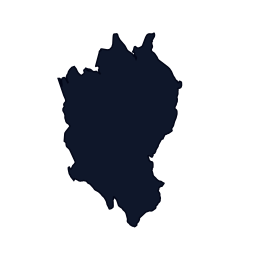 SVG path tracing the border of Kalimantan Tengah, rotated 146°
{"feature_id": "IDN-1931", "entity_name": "Kalimantan Tengah", "entity_type": "Province", "adm_level": 1, "iso_a3": "IDN", "parent_name": "Indonesia", "parent_adm1": "", "projection": "equal_earth", "projection_center": [113.429, -1.416], "detail": "fine", "context": "isolated", "style": "filled", "palette": "ink", "viewbox_px": 256, "rotation_deg": 146, "n_neighbors": 0, "source": "natural_earth", "source_scale": "10m", "svg_char_len": 5814}
<svg xmlns="http://www.w3.org/2000/svg" viewBox="0 0 256 256"><g transform="rotate(146 128 128)"><path d="M158.2,208.1L157.5,207.7L157.0,207.3L156.8,206.7L156.8,205.9L157.1,205.3L157.6,205.0L157.9,204.6L158.6,202.0L159.4,200.8L159.6,200.2L159.8,199.3L158.6,200.7L157.5,203.0L156.3,205.2L154.5,206.0L153.5,205.9L152.7,205.5L152.2,204.7L152.1,203.3L152.6,199.5L152.5,198.4L152.2,199.2L151.9,200.9L151.9,201.8L151.8,202.0L151.4,202.4L150.3,205.0L148.5,206.2L147.5,206.5L145.7,208.0L143.6,208.9L140.6,209.6L138.2,209.0L138.0,206.0L138.3,204.4L138.5,202.7L138.5,201.0L137.8,198.2L137.6,197.8L137.1,197.6L134.5,197.6L133.9,197.8L133.3,198.2L132.9,198.8L132.5,200.3L132.0,200.7L130.3,200.9L130.0,200.8L129.8,200.3L129.6,198.8L129.3,198.1L128.9,197.6L128.5,197.3L129.7,200.7L129.9,201.7L128.4,199.4L127.1,198.3L126.7,197.9L126.4,197.4L125.9,196.2L125.8,195.0L125.5,194.6L125.0,193.9L124.3,193.4L123.4,193.1L122.6,192.6L120.6,187.8L120.7,190.6L120.1,192.3L119.8,192.7L119.3,192.7L119.1,192.9L118.1,194.3L117.8,195.1L118.1,195.9L118.6,196.6L119.0,196.8L120.2,197.1L120.2,197.3L109.9,206.3L108.9,207.4L108.3,207.7L107.3,207.4L107.1,207.5L107.0,208.0L106.8,208.3L106.2,208.5L105.6,208.2L101.6,204.4L100.4,203.7L99.0,203.3L96.1,204.0L93.6,206.0L89.3,211.7L88.1,213.1L87.3,213.6L86.8,213.5L86.3,213.1L84.9,212.5L84.5,212.0L84.5,211.2L85.1,209.5L85.3,208.6L85.5,206.1L85.5,205.2L84.7,198.4L84.8,196.6L85.2,193.3L84.9,191.6L83.1,187.2L82.9,185.7L82.9,183.9L82.4,183.5L82.3,183.1L82.4,182.3L82.8,181.2L82.9,180.5L82.4,180.8L82.0,181.3L81.6,181.9L81.5,182.5L81.7,184.9L81.5,185.3L81.0,185.9L80.5,186.7L80.4,187.0L80.6,187.4L80.9,187.6L81.4,188.2L81.5,188.5L81.4,188.6L81.1,188.6L81.1,188.8L79.8,189.4L77.9,191.2L77.5,191.5L76.9,191.6L76.4,191.4L76.2,190.8L75.8,189.4L75.0,188.6L73.9,188.1L71.4,187.8L70.2,187.9L69.4,188.4L62.5,193.3L60.3,194.4L59.0,194.5L57.9,194.2L55.5,192.4L55.0,192.2L53.9,192.2L53.4,191.9L53.5,191.4L53.8,190.7L54.0,190.3L54.9,189.3L55.9,188.7L56.9,188.3L59.4,186.9L59.7,186.9L59.5,186.3L60.6,185.7L60.8,185.5L61.4,184.3L61.9,182.6L62.2,182.0L62.6,181.5L64.7,180.3L65.3,179.4L65.4,178.9L65.4,178.3L65.4,177.7L65.1,176.9L64.7,175.9L64.5,175.3L64.4,174.2L64.4,170.5L64.8,168.2L64.7,167.3L61.0,156.3L60.5,154.0L60.5,151.4L60.5,150.6L61.4,145.9L61.4,143.1L61.7,141.6L61.6,141.0L61.5,140.6L61.1,140.0L61.1,139.7L61.2,138.7L61.3,138.2L61.2,137.7L60.8,137.4L59.5,137.9L59.2,137.9L58.8,137.5L58.6,137.1L58.3,136.6L58.2,136.1L58.3,135.9L58.5,135.5L59.4,134.0L59.9,133.3L61.0,132.4L61.7,132.1L62.2,132.1L63.4,132.4L63.8,132.8L64.2,132.8L64.6,132.6L65.7,131.1L66.2,130.6L67.2,129.0L67.8,128.2L69.3,127.1L70.3,126.3L70.9,124.7L71.3,124.0L71.6,123.8L72.1,122.9L72.9,122.2L74.6,121.1L75.1,120.4L76.7,119.7L77.6,118.9L78.0,118.5L78.3,117.8L78.2,117.2L77.9,116.1L77.9,115.6L78.0,115.0L78.2,114.5L79.2,112.9L79.8,112.1L82.7,109.5L86.0,107.3L89.2,104.5L91.8,103.4L92.6,102.5L92.8,101.7L92.9,101.3L93.2,101.1L93.6,101.0L97.2,101.0L98.6,101.4L99.8,101.5L100.9,101.9L101.3,101.8L104.0,100.3L105.1,99.5L105.5,99.6L106.4,99.9L107.1,99.8L112.3,97.1L113.4,96.0L116.4,94.6L117.3,94.1L118.1,93.3L119.7,92.4L120.3,92.3L121.3,92.5L122.0,92.4L122.7,91.2L123.2,91.0L124.1,90.5L124.3,90.5L124.8,90.9L125.4,92.5L126.2,93.5L126.5,93.7L127.1,93.7L127.3,93.3L127.9,91.2L128.4,89.6L128.5,89.1L128.4,88.6L127.9,87.3L127.7,87.1L127.2,86.7L126.9,86.1L127.0,85.3L127.6,84.1L129.2,81.8L129.5,81.5L130.7,81.0L131.4,79.9L132.1,79.6L132.2,79.4L132.3,78.4L132.8,76.9L133.7,74.6L133.7,73.7L133.1,70.9L133.0,69.8L132.9,69.2L132.3,67.3L131.9,66.6L130.8,65.5L130.4,65.0L129.9,63.6L129.1,62.1L130.2,61.5L131.3,61.2L132.1,60.8L132.7,60.9L133.7,61.4L134.6,61.3L135.2,61.4L135.6,61.3L136.0,61.0L136.9,60.0L137.3,59.7L137.9,59.5L138.2,59.0L138.3,58.1L138.3,56.7L138.4,56.1L138.6,55.5L139.5,54.3L140.3,52.1L140.5,51.7L141.2,51.1L141.7,50.3L142.4,49.6L143.3,49.2L145.2,48.9L146.4,48.1L148.1,47.8L148.6,47.7L148.9,47.4L149.5,46.5L150.1,46.1L150.6,46.0L151.8,46.0L153.1,45.9L154.5,46.0L155.3,46.4L156.0,47.1L156.4,47.4L160.2,48.4L168.6,47.1L169.2,46.6L169.8,45.8L170.7,45.1L172.2,44.4L173.6,44.1L174.3,43.8L174.6,43.6L174.8,42.9L175.1,42.6L176.9,42.4L177.4,42.5L177.8,42.6L178.0,42.9L178.2,43.6L179.1,44.2L179.3,44.5L179.7,45.7L180.1,46.2L180.2,46.5L180.3,48.2L180.8,49.7L180.8,50.1L180.7,50.6L180.6,51.1L179.2,52.8L177.6,57.3L177.2,58.8L177.1,59.4L177.2,61.0L177.7,62.8L177.7,64.8L178.8,67.5L179.1,68.6L179.1,69.0L179.0,69.5L178.1,72.5L177.6,74.5L177.5,75.7L177.6,76.0L177.9,76.6L177.9,76.9L177.8,78.0L177.9,78.4L178.1,78.9L178.6,78.9L179.6,77.5L181.0,76.5L181.4,75.9L181.7,75.2L184.0,71.6L184.8,70.8L185.2,70.8L186.6,70.6L188.4,71.1L188.7,71.4L188.7,71.7L188.4,73.0L188.0,76.2L187.1,78.5L186.9,79.2L186.7,80.5L186.5,83.5L186.6,84.2L187.1,86.4L187.2,88.3L187.7,90.6L188.2,92.1L189.7,94.9L189.9,95.5L190.0,96.2L190.0,97.8L190.7,102.5L190.9,103.0L191.9,104.7L192.0,105.3L192.1,107.0L192.3,107.4L193.8,109.0L194.4,109.5L195.4,109.8L196.3,110.4L197.0,110.6L197.8,111.3L198.3,112.0L198.9,113.6L199.6,114.4L199.9,115.0L200.3,115.6L200.7,115.8L201.6,115.2L202.2,114.9L202.6,119.7L202.4,120.3L202.3,122.3L202.1,123.2L200.6,126.9L200.1,127.8L199.7,128.4L199.3,128.6L198.5,128.4L198.7,126.7L198.7,126.1L198.5,125.8L198.1,125.8L197.4,126.0L194.8,127.6L192.5,128.1L191.1,128.8L190.8,129.1L190.6,129.5L190.4,130.3L188.5,141.9L188.4,143.2L188.6,144.4L189.1,146.4L189.1,147.4L188.5,148.8L188.0,149.6L187.7,150.4L187.6,150.9L188.2,152.7L184.0,158.0L183.1,159.0L182.3,159.4L181.0,159.9L175.7,161.6L175.0,162.1L174.9,164.2L175.4,165.6L175.7,166.1L175.8,167.8L175.7,168.2L175.1,169.9L174.6,171.6L173.2,173.5L172.9,174.2L172.4,175.9L172.2,178.5L171.9,179.2L170.9,180.4L168.9,181.3L168.6,181.6L168.5,181.8L168.5,182.3L168.3,182.9L168.0,183.4L167.6,183.8L167.0,184.1L164.7,184.8L163.9,186.2L163.6,187.2L162.9,191.0L158.2,208.1Z" fill="#0f172a" stroke="#020617" stroke-width="1.5"/></g></svg>